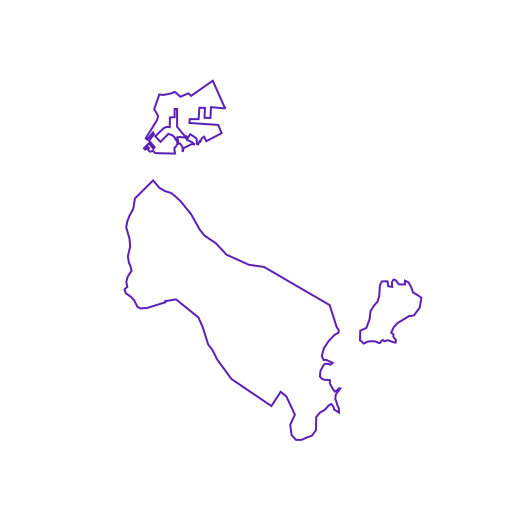 the district of Jung-gu [Central District], Incheon, South Korea, rotated 246°
{"feature_id": "91817680B6497324316239", "entity_name": "Jung-gu [Central District]", "entity_type": "district", "adm_level": 2, "iso_a3": "KOR", "parent_name": "South Korea", "parent_adm1": "Incheon", "projection": "robinson", "projection_center": [126.503, 37.45], "detail": "fine", "context": "isolated", "style": "outline", "palette": "violet", "viewbox_px": 512, "rotation_deg": 246, "n_neighbors": 0, "source": "geoboundaries", "source_scale": "gbopen_adm2", "svg_char_len": 3274}
<svg xmlns="http://www.w3.org/2000/svg" viewBox="0 0 512 512"><g transform="rotate(246 256 256)"><path d="M293.3,136.4L289.1,130.2L285.2,127.0L280.2,125.9L279.1,122.4L274.9,121.9L269.6,125.1L265.1,126.7L257.9,127.0L255.1,129.1L252.8,135.6L250.6,154.3L251.7,154.6L248.9,165.3L223.3,178.4L213.2,178.4L194.2,176.3L188.4,177.9L183.6,178.2L177.5,178.4L153.7,183.5L112.7,209.0L121.9,223.3L115.3,226.6L95.3,227.0L87.9,218.6L77.8,215.7L71.7,217.8L69.5,222.8L69.5,229.1L69.1,234.1L72.6,240.0L84.4,245.5L87.0,250.9L87.4,255.9L88.5,258.7L89.8,261.3L90.3,264.4L88.2,265.1L85.9,265.4L84.1,264.9L79.2,268.1L83.0,269.7L87.3,269.7L88.9,270.0L90.9,270.2L93.0,270.2L96.6,272.3L98.2,274.3L99.4,277.1L100.7,279.1L101.4,277.8L100.1,275.0L100.1,272.8L103.5,272.1L109.4,271.6L112.6,273.0L115.2,268.1L116.9,266.3L119.8,265.4L123.4,267.3L125.3,268.7L129.3,274.0L129.3,275.7L127.8,278.4L126.4,279.6L127.1,282.6L130.0,280.0L132.7,277.8L133.4,275.5L137.8,275.4L144.1,280.5L148.7,287.7L151.9,295.4L152.1,297.0L152.3,300.1L154.4,301.4L158.2,300.8L181.2,303.3L242.7,258.9L250.9,245.9L269.3,229.5L284.1,224.5L290.6,220.3L296.3,217.0L303.3,215.3L312.4,214.5L321.1,213.6L328.6,211.5L336.8,209.4L342.5,206.9L348.2,204.0L352.1,199.4L357.3,195.6L366.9,192.7L357.8,168.8L349.0,163.0L344.2,156.7L339.9,152.5L335.1,149.1L329.4,148.3L323.3,147.5L315.9,144.9L307.8,138.8L301.7,137.2L298.0,137.2L293.3,136.4ZM420.6,221.1L408.3,203.1L406.6,203.9L410.8,212.2L408.6,212.2L404.9,205.2L396.6,207.7L395.6,205.9L402.5,204.0L400.0,197.5L398.4,198.0L399.7,201.6L398.1,202.1L397.2,200.4L394.3,201.7L394.1,204.5L390.9,205.9L382.5,223.7L385.2,224.4L387.2,225.1L388.1,225.8L388.7,227.6L389.3,228.5L389.8,228.9L390.1,229.3L390.2,229.9L394.8,230.9L394.9,229.9L397.6,229.9L400.3,228.7L403.2,225.7L399.1,215.1L406.3,212.7L410.4,223.8L410.3,226.8L408.8,229.6L417.6,233.7L415.9,238.1L423.4,241.4L422.4,243.7L406.2,236.5L394.2,239.8L393.6,238.5L395.8,234.5L396.4,232.3L390.1,231.1L389.6,232.3L388.7,232.6L384.7,233.2L381.9,231.6L381.6,232.0L384.0,233.8L384.4,243.2L383.1,244.8L383.4,245.1L385.8,243.9L386.1,243.8L390.1,240.3L390.5,240.8L392.8,239.6L393.8,240.9L391.9,242.2L394.0,245.5L388.9,248.7L387.8,249.3L386.6,249.3L382.5,247.6L381.4,248.4L383.9,251.4L383.2,251.8L385.6,254.5L386.1,257.1L381.1,257.3L382.2,274.6L391.1,274.8L404.6,249.3L408.0,251.2L404.4,259.2L414.4,264.6L412.1,269.6L403.2,265.2L400.6,270.5L410.3,275.4L403.6,287.4L404.1,288.2L405.5,287.8L433.7,287.8L433.7,287.7L428.7,261.8L432.0,260.5L432.3,251.6L437.3,249.5L439.0,248.4L439.0,244.7L440.9,236.6L442.9,233.4L431.5,222.7L427.3,223.2L423.9,223.5L420.6,221.1ZM162.4,343.1L158.9,338.1L151.9,333.9L145.4,327.6L145.4,320.9L136.7,316.7L134.8,317.8L132.3,318.6L132.1,320.5L132.5,322.1L132.1,324.1L131.2,326.9L129.8,329.6L128.3,331.5L126.6,332.7L126.2,334.2L127.5,336.0L127.6,337.7L125.8,338.7L125.7,341.5L124.1,343.7L121.9,345.8L120.1,348.2L122.3,349.7L124.1,349.0L126.4,348.7L128.5,349.7L131.0,348.3L132.4,350.0L134.9,352.8L137.1,357.8L138.0,364.9L138.8,371.2L137.5,376.2L142.3,384.6L150.6,390.1L154.1,388.0L158.9,384.6L164.1,385.1L169.8,384.6L172.8,382.1L169.4,380.4L172.0,375.0L177.2,373.7L178.5,372.1L176.8,369.5L172.4,367.9L174.6,364.5L179.4,365.8L181.6,360.7L179.0,357.4L169.4,352.3L165.0,348.6L162.4,343.1Z" fill="none" stroke="#5b21b6" stroke-width="2"/></g></svg>